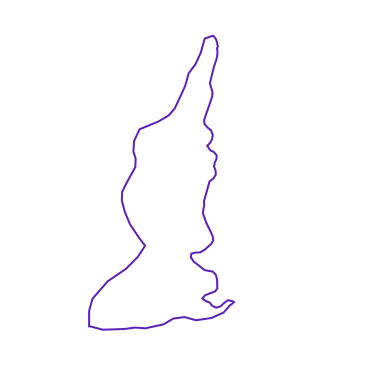 Jaerong, Hwanghae-namdo, North Korea (Natural Earth projection), rotated 15°
{"feature_id": "82179303B97817957609730", "entity_name": "Jaerong", "entity_type": "district", "adm_level": 2, "iso_a3": "PRK", "parent_name": "North Korea", "parent_adm1": "Hwanghae-namdo", "projection": "natural_earth1", "projection_center": [125.668, 38.438], "detail": "fine", "context": "isolated", "style": "outline", "palette": "violet", "viewbox_px": 384, "rotation_deg": 15, "n_neighbors": 0, "source": "geoboundaries", "source_scale": "gbopen_adm2", "svg_char_len": 1429}
<svg xmlns="http://www.w3.org/2000/svg" viewBox="0 0 384 384"><g transform="rotate(15 192 192)"><path d="M137.4,235.2L140.5,239.3L152.6,249.8L160.6,256.1L156.5,268.6L148.2,283.2L133.8,299.9L123.5,320.9L123.4,333.4L127.4,348.4L129.3,348.1L141.5,348.1L161.9,341.9L172.1,337.7L182.3,335.7L198.6,327.3L206.8,319.0L217.0,314.8L229.2,314.8L243.5,308.6L253.7,300.3L257.9,291.9L261.1,287.6L259.3,286.9L254.7,287.3L251.5,291.2L249.2,295.1L245.2,297.5L241.2,296.8L237.6,294.2L233.6,293.8L229.6,292.1L231.5,288.2L240.0,282.1L241.4,278.7L239.0,270.4L236.7,266.1L232.7,263.5L224.4,264.2L211.8,258.8L207.8,255.5L207.4,251.6L211.4,249.5L215.6,248.2L219.2,244.5L224.2,236.7L225.1,233.3L223.2,229.0L213.2,217.3L208.1,209.7L207.4,205.8L207.4,201.9L206.0,198.3L206.2,177.3L209.2,173.4L210.5,169.1L209.2,165.2L206.7,161.8L206.4,157.9L207.1,153.8L206.8,152.3L206.4,150.3L202.7,147.7L199.1,147.1L194.8,143.4L197.0,139.3L197.7,135.6L197.4,131.7L194.3,127.4L190.3,125.7L186.3,122.9L185.1,119.2L186.8,94.4L185.8,90.0L181.1,82.3L180.8,65.4L181.3,57.0L180.9,52.7L179.9,48.4L178.9,47.2L179.4,45.1L177.8,41.7L175.8,38.4L172.3,35.6L170.7,36.3L164.6,40.5L164.5,46.8L164.4,55.1L162.3,67.7L158.1,78.1L158.0,90.7L157.7,92.8L155.9,103.3L153.7,115.8L149.6,124.2L141.4,132.5L133.2,138.8L125.1,145.0L122.9,157.6L124.9,168.1L128.9,174.3L130.8,182.7L126.6,199.5L124.5,209.9L126.4,218.3L132.4,228.8L137.4,235.2Z" fill="none" stroke="#5b21b6" stroke-width="2"/></g></svg>